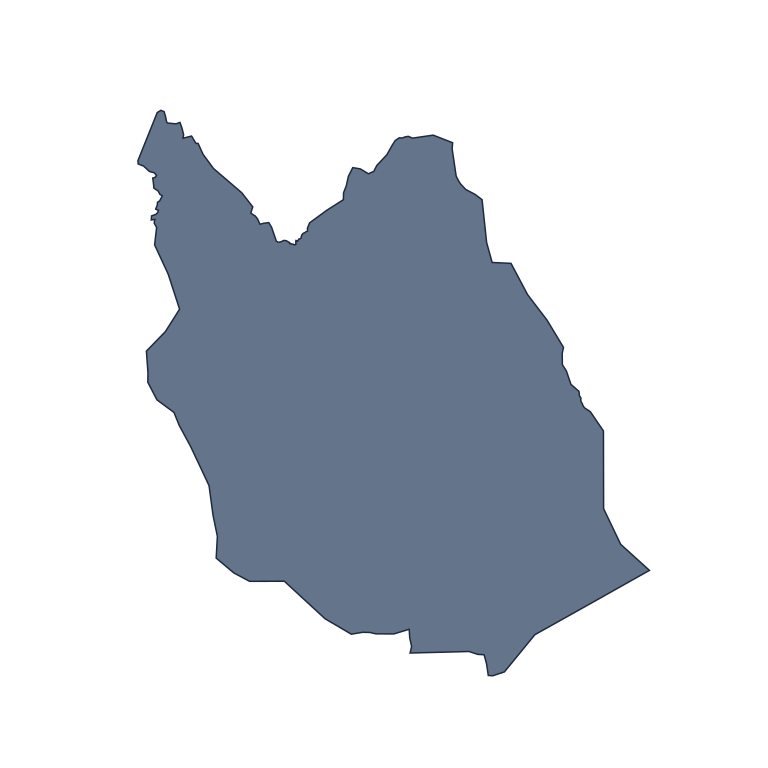 Awka North, Anambra, Nigeria (Robinson projection), rotated 171°
{"feature_id": "59680162B18488232241930", "entity_name": "Awka North", "entity_type": "district", "adm_level": 2, "iso_a3": "NGA", "parent_name": "Nigeria", "parent_adm1": "Anambra", "projection": "robinson", "projection_center": [7.078, 6.331], "detail": "fine", "context": "isolated", "style": "filled", "palette": "slate", "viewbox_px": 768, "rotation_deg": 171, "n_neighbors": 0, "source": "geoboundaries", "source_scale": "gbopen_adm2", "svg_char_len": 2399}
<svg xmlns="http://www.w3.org/2000/svg" viewBox="0 0 768 768"><g transform="rotate(171 384 384)"><path d="M613.6,453.6L613.6,452.8L615.4,431.8L617.0,422.6L610.7,403.8L595.9,388.8L592.7,375.0L584.9,352.9L578.5,331.0L572.7,310.9L573.4,281.0L572.4,259.6L577.0,238.3L561.9,220.9L547.6,210.1L513.3,204.8L510.0,200.6L478.9,161.3L455.4,142.0L443.9,142.1L436.8,140.8L431.1,138.5L413.3,135.6L397.5,137.8L398.3,129.4L397.8,120.4L400.3,114.2L354.2,108.1L341.9,106.5L333.7,102.3L327.5,100.9L326.5,91.9L326.6,79.8L322.2,78.8L310.1,80.8L274.2,112.8L218.9,133.2L151.0,158.4L175.3,188.6L186.6,226.5L174.6,303.3L184.5,324.3L189.8,329.2L191.0,332.0L191.3,333.9L191.6,334.6L191.9,334.9L192.2,336.8L192.2,338.0L191.8,338.5L191.7,339.4L192.1,340.0L192.1,340.3L192.8,341.5L192.6,346.2L199.4,354.4L201.8,368.2L204.8,375.2L203.2,386.3L201.0,392.1L212.9,421.4L228.2,449.8L239.7,483.3L258.2,487.1L258.7,491.9L260.5,507.6L258.3,550.7L264.5,557.1L272.9,563.4L277.2,569.8L278.7,573.4L280.2,578.0L279.9,605.5L278.5,611.6L296.5,622.1L317.1,622.4L317.9,622.6L319.1,623.5L321.3,624.8L324.5,624.8L327.4,624.1L330.4,624.8L334.9,622.7L339.1,617.9L345.3,610.0L356.9,601.0L360.8,595.6L366.5,594.1L373.8,600.2L381.0,602.6L386.7,594.7L390.2,585.7L394.0,579.3L395.3,572.4L413.4,564.5L432.3,554.8L435.2,550.0L435.6,547.0L437.4,546.5L439.0,545.6L440.0,545.6L441.7,544.3L442.6,542.7L442.9,541.3L443.9,540.6L445.5,540.5L446.7,538.9L447.1,538.5L447.5,539.0L448.5,539.5L448.8,538.6L448.9,538.0L449.2,535.8L450.9,535.4L451.5,536.1L452.1,536.3L453.9,537.0L455.1,537.3L455.0,538.4L455.4,538.6L458.1,540.8L460.3,541.5L463.9,540.5L466.3,540.5L468.0,542.0L470.5,556.4L472.5,561.4L477.4,561.6L479.4,561.4L481.5,561.2L483.0,566.6L484.8,570.0L486.7,571.6L488.8,573.7L485.9,579.5L494.6,595.2L518.7,623.5L526.8,639.2L530.0,650.7L532.1,651.1L535.3,659.0L544.1,658.2L542.9,661.6L543.5,668.4L544.6,674.3L548.8,673.5L556.8,675.6L557.7,676.9L557.9,682.3L558.6,687.4L561.5,689.2L565.5,687.6L592.1,643.1L592.4,639.8L587.3,636.8L582.7,630.9L582.4,630.6L577.8,628.5L576.1,625.6L577.7,623.9L580.2,623.6L580.3,619.2L580.6,613.4L576.8,609.8L575.7,606.4L573.6,604.5L576.9,600.0L579.2,599.0L580.1,595.9L582.1,592.6L582.1,592.3L579.6,590.9L580.6,588.9L582.6,587.3L587.3,586.4L588.2,582.4L584.6,582.4L585.8,579.0L585.8,578.8L584.1,574.2L588.8,557.3L580.0,526.4L574.2,489.9L580.5,482.7L591.7,470.0L613.6,453.6Z" fill="#64748b" stroke="#1e293b" stroke-width="1.5"/></g></svg>